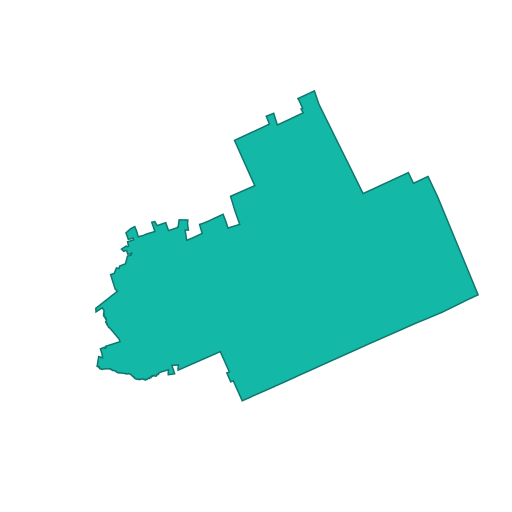 the district of Candelaria, Campeche, Mexico, rotated 336°
{"feature_id": "50627088B43108093310772", "entity_name": "Candelaria", "entity_type": "district", "adm_level": 2, "iso_a3": "MEX", "parent_name": "Mexico", "parent_adm1": "Campeche", "projection": "albers", "projection_center": [-91.135, 18.16], "detail": "fine", "context": "isolated", "style": "filled", "palette": "teal", "viewbox_px": 512, "rotation_deg": 336, "n_neighbors": 0, "source": "geoboundaries", "source_scale": "gbopen_adm2", "svg_char_len": 5171}
<svg xmlns="http://www.w3.org/2000/svg" viewBox="0 0 512 512"><g transform="rotate(336 256 256)"><path d="M66.0,292.1L66.5,292.3L66.5,292.6L66.7,293.0L66.8,293.1L66.8,293.3L67.1,293.3L67.2,293.6L67.4,293.6L67.7,293.5L67.7,293.8L67.6,294.1L67.6,294.4L67.6,294.9L67.4,294.9L67.3,295.1L67.4,295.3L67.7,295.6L68.0,295.8L68.3,295.9L68.6,296.0L68.6,296.4L69.0,296.6L69.4,297.1L69.6,297.1L70.2,297.2L70.8,297.3L71.5,297.6L72.3,297.6L72.6,297.9L72.8,298.0L73.1,298.0L73.5,298.3L73.9,298.4L74.1,298.4L74.4,298.7L74.6,298.7L75.1,299.0L75.3,299.1L75.6,299.2L75.9,299.3L76.0,299.4L76.3,299.4L76.5,299.7L76.9,299.8L76.8,300.0L77.1,300.2L77.2,300.3L77.2,300.5L77.4,300.5L77.3,300.8L77.5,301.0L77.8,301.2L78.0,301.4L78.3,301.8L78.4,302.2L78.7,302.4L78.9,302.5L79.3,302.7L79.8,302.9L80.1,303.2L80.2,303.4L80.4,303.6L80.5,303.6L80.7,303.8L80.8,303.8L80.8,304.0L81.2,304.2L81.4,304.4L81.5,304.6L81.3,304.7L81.3,305.0L81.5,305.2L81.6,305.6L81.9,306.0L82.3,306.4L82.5,306.5L82.9,306.7L83.1,306.9L83.3,306.9L83.3,307.1L83.5,307.1L83.9,307.2L84.1,307.3L84.2,307.5L84.9,307.9L85.4,308.2L87.3,309.2L87.5,309.4L87.8,309.5L88.2,309.7L88.3,309.9L88.4,310.0L88.8,310.2L88.9,310.3L88.9,310.5L89.0,310.5L89.0,310.4L89.1,310.6L89.6,310.8L89.8,311.1L90.0,311.2L90.1,311.3L90.5,311.4L91.1,311.5L91.3,311.6L91.5,311.5L91.8,311.8L92.1,311.8L92.2,312.0L92.5,312.3L92.7,312.6L92.9,312.7L93.1,312.7L93.2,312.8L93.4,313.0L93.5,313.3L93.9,314.2L93.8,314.3L93.7,314.5L93.8,314.8L94.0,315.0L94.5,315.6L94.6,315.8L94.7,316.1L94.8,316.3L95.0,316.5L95.0,316.8L95.3,316.8L95.4,317.0L95.5,317.1L95.4,317.7L95.5,318.1L95.5,318.3L95.4,318.3L95.5,318.6L95.8,318.9L96.0,319.2L96.1,319.3L96.3,319.5L96.7,319.9L97.4,320.4L97.9,320.7L98.7,320.9L98.8,321.0L99.0,321.4L99.3,321.4L99.5,321.5L99.5,321.4L99.7,321.6L99.9,321.7L100.3,321.7L100.7,321.8L100.9,321.6L101.0,321.7L101.3,321.8L101.5,321.9L101.9,322.0L102.3,322.0L102.4,322.3L102.8,322.6L103.0,322.8L103.1,322.7L103.3,322.7L103.3,322.8L103.3,323.2L103.4,323.3L103.5,323.3L104.1,323.5L104.2,323.9L104.4,324.1L104.4,324.3L104.5,324.3L104.7,324.2L104.9,324.2L105.0,324.1L105.3,324.1L105.8,324.3L106.0,324.5L106.3,324.5L106.5,324.4L106.5,324.0L106.7,323.9L106.8,323.9L107.0,324.1L107.3,324.1L107.6,324.1L107.9,324.0L108.4,323.9L108.9,324.5L109.1,324.2L109.4,324.0L109.6,324.0L109.7,323.8L110.0,323.9L110.4,324.4L110.5,324.5L110.7,324.4L110.8,324.3L111.0,323.9L111.0,323.7L111.2,323.4L111.4,323.4L111.6,323.4L112.3,323.8L112.3,323.2L112.5,323.2L112.8,323.3L112.9,323.2L113.1,323.1L113.5,323.3L113.5,323.5L113.9,323.9L114.2,324.0L114.3,324.0L114.5,323.9L114.6,324.2L114.8,324.4L115.0,324.7L115.3,325.0L115.6,325.1L115.8,325.1L116.8,324.6L117.0,324.4L117.1,323.7L117.3,323.7L117.8,324.0L118.1,324.4L118.4,324.3L118.6,324.4L118.8,324.4L119.1,324.1L119.2,323.8L119.3,323.7L119.6,323.6L119.8,323.3L119.9,323.2L120.1,323.2L120.3,323.3L120.7,323.2L129.8,324.3L128.1,327.3L127.6,328.8L133.8,330.5L134.7,321.7L140.7,324.0L139.0,327.1L138.6,327.8L138.4,328.6L160.1,328.7L178.8,328.8L184.4,328.8L184.5,333.1L184.5,351.2L181.8,350.9L181.7,360.7L184.5,360.8L184.5,382.7L194.0,382.7L196.1,382.6L220.1,382.7L221.1,382.6L223.7,382.7L224.2,382.7L227.2,382.7L243.8,382.6L245.1,382.5L264.2,382.5L269.0,382.4L304.7,382.3L324.3,382.2L375.5,382.4L381.8,382.6L403.0,383.1L430.8,382.0L443.1,381.8L446.0,276.0L445.5,253.3L429.4,253.6L429.1,241.8L379.2,242.5L378.1,213.8L377.2,193.5L375.2,143.1L376.5,128.9L358.3,129.2L358.7,131.7L358.6,140.1L356.9,140.1L357.4,144.4L328.8,145.0L330.2,132.8L322.2,132.5L321.9,141.0L283.4,141.6L283.4,161.3L283.5,191.2L257.0,191.1L256.1,198.6L255.2,205.6L254.0,220.5L247.9,219.8L241.7,219.0L242.1,216.3L242.5,212.3L242.9,204.5L233.0,204.6L228.1,204.8L220.6,204.6L217.3,204.2L216.6,208.9L216.0,213.5L213.0,213.5L210.0,213.6L209.9,213.6L204.6,213.7L201.3,213.5L200.4,213.6L199.1,213.4L201.8,203.5L204.8,204.9L206.5,198.7L208.4,195.4L200.4,191.7L196.6,198.0L196.1,197.7L195.7,198.1L186.4,197.2L187.1,188.8L178.0,188.0L177.6,183.4L174.5,182.8L174.1,187.5L173.6,192.5L165.4,191.4L161.4,191.4L156.2,190.5L156.7,187.3L157.1,184.1L157.2,179.8L152.5,180.1L146.6,182.0L146.1,188.9L151.1,189.7L150.8,191.5L144.4,190.8L143.6,195.3L142.0,195.1L141.5,194.1L135.9,195.0L137.0,197.9L140.1,198.3L139.6,202.3L143.6,202.9L142.4,204.4L138.5,203.9L133.6,210.0L127.4,209.7L125.7,211.7L123.7,210.1L119.3,214.3L115.6,213.8L113.9,229.0L115.0,231.9L107.6,233.7L106.3,234.1L98.7,236.0L88.4,238.6L87.1,242.0L94.5,240.8L95.0,244.1L94.0,245.8L93.4,246.6L93.6,247.5L93.4,247.9L93.2,247.9L92.9,247.8L92.8,248.1L92.5,248.2L92.5,248.3L92.7,249.0L92.6,249.5L92.6,249.8L92.9,250.1L93.1,250.4L93.4,250.5L93.6,251.0L93.0,251.2L92.9,251.3L92.9,251.5L93.0,251.6L93.1,251.8L93.0,252.2L93.0,252.6L93.1,252.8L93.4,252.8L93.3,253.3L93.1,253.9L93.0,254.2L92.5,254.8L92.2,255.0L91.9,255.0L91.7,255.3L91.8,256.0L92.0,256.2L92.6,256.6L92.7,256.9L92.7,257.2L92.6,257.3L92.1,257.6L91.8,258.0L92.1,258.4L92.3,258.8L92.3,259.8L92.4,260.0L92.3,260.4L92.3,260.5L92.4,261.2L92.7,261.4L92.8,261.6L92.7,261.8L93.2,262.5L97.2,276.4L96.9,279.0L81.9,277.3L81.7,278.9L80.1,278.6L80.1,277.7L76.1,277.5L75.5,282.7L74.4,286.6L74.0,286.2L73.8,286.1L71.4,283.9L66.0,292.1Z" fill="#14b8a6" stroke="#0f766e" stroke-width="1.5"/></g></svg>